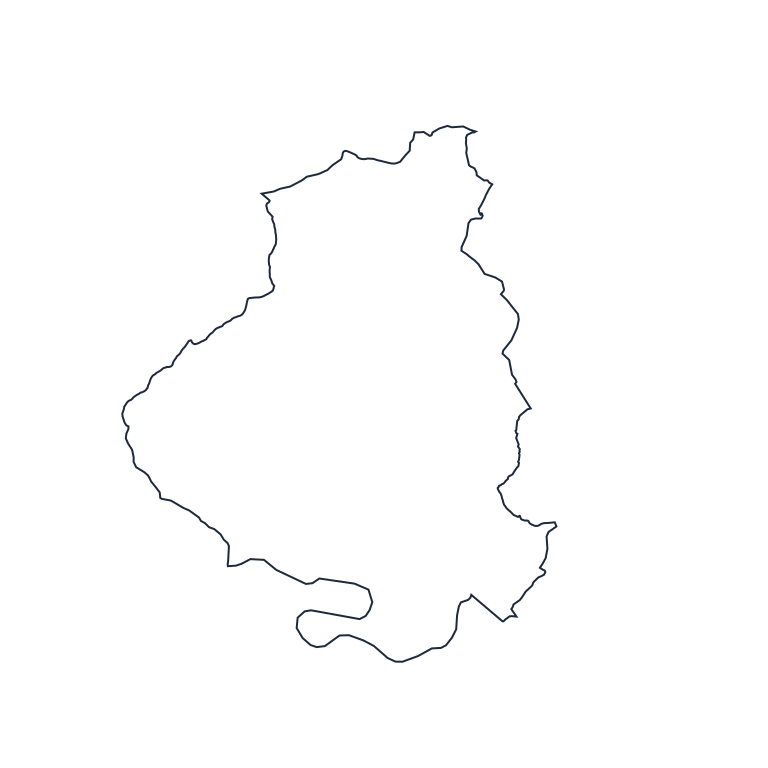 outline of Blandiana, Alba, Romania, rotated 25°
{"feature_id": "2599482B84573671130464", "entity_name": "Blandiana", "entity_type": "district", "adm_level": 2, "iso_a3": "ROU", "parent_name": "Romania", "parent_adm1": "Alba", "projection": "natural_earth1", "projection_center": [23.346, 46.001], "detail": "fine", "context": "isolated", "style": "outline", "palette": "slate", "viewbox_px": 768, "rotation_deg": 25, "n_neighbors": 0, "source": "geoboundaries", "source_scale": "gbopen_adm2", "svg_char_len": 6165}
<svg xmlns="http://www.w3.org/2000/svg" viewBox="0 0 768 768"><g transform="rotate(25 384 384)"><path d="M602.3,538.8L594.5,534.2L594.9,532.0L594.6,529.0L598.3,522.6L599.2,519.2L600.1,512.3L602.8,505.8L603.5,503.6L603.2,501.3L603.4,499.9L605.6,494.1L608.1,491.3L609.6,489.2L609.8,486.7L609.4,486.0L608.9,485.4L608.2,485.1L606.7,485.2L603.0,484.7L603.0,484.0L603.7,480.0L604.1,473.5L601.8,464.4L598.8,458.9L595.8,453.5L595.6,448.7L600.5,440.2L597.2,437.2L591.8,440.4L590.9,440.8L589.2,441.8L588.0,442.3L586.1,443.9L585.5,444.6L583.9,447.0L583.1,447.7L581.3,448.6L580.0,448.9L578.3,448.8L577.3,449.0L575.1,448.7L573.9,448.0L572.8,447.2L572.1,447.1L571.4,447.3L569.2,448.3L566.0,448.6L565.1,448.3L562.8,446.1L562.5,446.2L562.3,446.4L562.1,447.4L561.7,447.8L557.1,447.9L556.5,447.8L553.5,446.6L550.6,445.8L548.7,445.1L547.5,444.8L545.2,443.3L544.0,442.8L542.0,440.8L541.1,439.5L539.5,437.9L537.8,435.7L536.7,434.7L536.1,434.0L535.5,433.7L534.1,433.1L532.0,431.4L531.2,430.7L531.0,429.9L531.4,429.3L531.3,427.6L532.6,426.4L532.9,425.3L534.4,423.7L535.2,421.1L535.1,420.6L536.4,417.8L535.9,416.1L536.1,415.1L538.7,411.6L539.1,407.8L539.8,403.6L540.5,401.8L539.7,398.5L538.4,397.8L538.4,395.9L536.8,390.9L535.5,389.6L535.7,388.1L534.9,387.2L534.6,385.6L531.8,384.0L531.6,381.9L526.6,377.1L526.0,372.8L524.7,372.6L523.0,370.9L523.3,369.7L520.4,361.4L521.0,359.1L520.3,356.6L520.8,354.6L524.7,346.3L527.3,344.2L502.8,328.4L503.2,326.1L501.2,324.2L496.1,321.5L487.3,309.3L478.6,306.4L477.9,303.3L481.0,290.6L480.9,276.9L478.9,268.6L475.8,264.0L459.6,255.9L452.0,253.2L453.1,249.2L452.9,247.7L447.7,241.3L439.9,240.4L428.6,241.7L419.2,235.6L413.9,233.7L407.3,232.3L404.1,231.4L397.9,230.5L396.5,227.2L396.3,214.8L392.6,202.5L393.4,198.2L397.5,195.0L399.2,194.4L402.0,193.0L402.4,191.7L402.3,189.8L401.0,188.4L400.6,188.1L400.1,188.2L400.1,188.7L400.6,189.4L400.0,189.8L399.2,189.3L397.0,187.4L395.9,185.1L396.4,181.8L396.7,174.2L396.6,171.2L396.5,169.8L396.8,162.9L397.7,157.3L394.2,157.0L391.9,155.7L388.6,157.2L379.9,155.7L378.2,152.9L375.0,150.4L373.9,150.2L371.1,150.3L368.7,149.9L360.8,139.7L359.5,135.5L356.5,131.2L355.3,128.0L354.2,126.0L354.1,123.1L357.7,118.7L359.3,117.9L360.4,116.4L354.5,117.2L347.0,117.1L337.1,122.6L332.4,123.3L326.1,129.1L321.7,135.5L321.9,138.6L320.6,139.8L313.4,138.8L311.2,140.2L305.4,143.0L307.1,150.0L305.8,154.4L308.7,161.7L306.8,167.5L305.7,171.7L304.7,175.8L302.0,178.6L300.1,179.9L297.4,181.0L292.5,182.1L287.7,183.0L283.6,183.9L279.4,184.4L274.2,186.4L271.4,188.4L269.1,189.4L266.2,189.9L264.0,189.6L262.4,188.5L259.8,188.3L254.7,188.4L251.7,188.6L250.3,189.1L249.2,190.4L249.0,191.9L249.8,194.5L250.1,197.1L250.2,198.4L244.8,207.6L242.3,214.0L235.8,221.5L226.4,228.8L223.6,234.1L215.5,244.7L207.3,251.0L202.9,256.0L192.7,263.2L202.0,265.8L202.9,266.2L203.0,266.7L202.9,267.9L202.0,269.3L201.7,269.9L201.7,270.8L201.9,272.0L202.5,272.8L204.7,275.5L205.7,276.6L206.7,277.2L208.1,277.7L210.3,278.6L211.9,279.3L212.5,279.7L212.8,281.4L213.3,282.2L214.6,283.6L217.0,285.6L218.1,287.6L220.3,290.3L220.8,291.1L221.2,292.1L222.7,294.1L223.9,296.0L224.2,296.8L225.2,298.4L226.5,302.0L226.8,303.0L226.8,304.7L226.6,306.3L226.8,308.3L226.6,309.0L226.7,309.6L226.8,310.7L226.6,312.9L226.2,314.2L225.7,315.5L226.5,318.6L227.3,320.7L228.5,322.8L229.4,324.3L230.0,325.0L231.1,326.0L231.4,326.6L231.9,328.3L232.7,330.3L234.4,333.3L235.0,334.8L235.6,335.6L237.9,337.5L240.1,339.9L240.7,340.3L243.1,341.5L243.0,342.1L243.2,342.8L243.6,344.4L243.7,345.4L243.7,346.1L243.4,347.1L243.1,347.8L241.9,349.5L241.2,350.8L239.8,352.5L238.0,354.9L236.6,356.5L234.4,358.2L232.6,359.1L230.8,360.0L228.7,361.2L227.1,362.2L225.9,362.9L225.0,363.8L224.7,364.5L224.8,365.5L225.2,367.8L225.8,370.1L226.2,371.8L226.8,375.6L226.7,377.4L226.4,379.5L226.0,381.1L225.4,382.1L224.5,383.2L222.9,384.5L221.3,386.2L220.0,387.4L218.8,389.2L218.2,391.2L216.7,393.0L215.2,394.6L213.7,397.0L213.4,397.6L213.2,398.1L213.2,398.8L213.0,399.7L212.7,400.2L211.3,401.5L209.1,403.9L208.3,405.2L207.6,407.0L207.0,409.2L206.4,410.7L205.9,411.3L205.3,412.7L204.8,414.2L204.7,415.1L204.1,416.8L204.1,418.3L203.8,418.9L202.8,420.0L202.2,421.0L201.0,422.2L200.2,423.2L199.0,424.9L198.1,425.9L197.0,426.9L196.0,427.7L195.6,427.9L194.8,428.0L193.8,427.9L193.0,427.6L192.1,427.2L191.5,426.5L191.0,426.1L190.6,426.0L190.2,426.2L189.8,426.6L189.3,427.1L188.9,427.7L188.7,428.3L188.6,430.0L187.9,433.7L187.8,434.5L187.7,434.9L187.4,435.6L186.8,437.6L186.4,439.8L186.3,442.0L186.1,442.8L185.9,443.7L185.0,445.6L184.6,446.5L184.6,447.8L183.8,451.9L183.8,453.2L183.9,454.0L184.0,454.9L184.2,455.9L183.7,457.5L183.5,458.0L183.3,458.3L182.9,458.7L181.5,459.7L180.2,460.2L179.2,461.2L177.6,462.7L177.2,463.2L176.8,463.9L176.0,466.0L173.1,470.1L172.4,471.9L171.2,473.6L170.9,474.2L170.4,476.7L170.4,477.6L170.7,481.6L170.9,482.1L170.9,483.2L170.8,484.8L171.1,486.1L171.3,487.9L171.1,488.2L170.9,489.2L170.6,490.5L170.2,491.2L169.6,492.1L168.2,493.8L167.5,494.4L166.9,494.7L166.3,496.1L164.4,498.6L162.6,501.9L162.2,503.5L161.5,505.2L159.7,507.2L158.9,509.4L158.2,514.5L158.9,516.8L159.3,521.3L160.8,523.9L165.3,528.7L168.0,530.4L170.3,530.4L171.4,532.9L171.5,537.9L173.0,542.4L177.1,546.0L183.5,550.1L188.2,556.4L189.9,560.3L194.6,564.2L203.9,565.2L208.8,566.6L211.8,568.8L214.0,570.7L219.2,573.2L226.5,577.0L229.4,581.8L231.1,582.0L240.2,579.7L254.7,581.1L260.7,580.9L272.8,583.2L276.0,585.5L280.4,585.7L285.9,587.7L291.4,587.2L299.6,589.4L304.6,592.8L309.5,594.3L312.0,596.5L312.2,597.4L312.5,597.7L315.0,604.0L317.4,609.9L318.5,613.4L319.5,615.1L326.6,611.2L330.8,607.2L336.9,599.2L349.5,594.1L364.9,598.0L397.7,598.2L403.3,594.8L407.6,587.6L441.6,577.4L456.8,576.9L465.6,586.7L466.5,595.1L465.4,602.0L461.2,607.4L413.6,619.9L408.2,623.6L404.5,632.3L408.0,642.1L417.6,648.6L427.7,651.6L434.2,650.9L441.2,646.5L450.0,630.7L458.4,626.5L473.6,625.1L485.5,625.7L503.2,630.8L511.6,630.8L518.1,627.9L529.8,616.2L539.1,603.4L547.2,599.1L550.6,594.6L552.8,585.2L553.1,575.8L548.0,562.8L545.9,554.1L546.0,549.4L551.4,544.2L552.6,541.2L552.2,538.2L590.9,548.8L591.8,549.0L592.3,548.8L592.7,548.4L593.6,545.8L594.4,544.5L595.9,541.6L597.9,540.4L602.3,538.8Z" fill="none" stroke="#1e293b" stroke-width="2"/></g></svg>